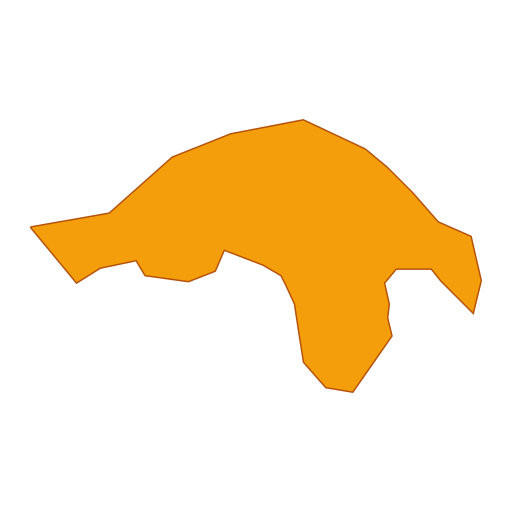 outline of Yeonje-gu, Busan, South Korea
{"feature_id": "91817680B90297389150949", "entity_name": "Yeonje-gu", "entity_type": "district", "adm_level": 2, "iso_a3": "KOR", "parent_name": "South Korea", "parent_adm1": "Busan", "projection": "albers", "projection_center": [129.072, 35.172], "detail": "fine", "context": "isolated", "style": "filled", "palette": "amber", "viewbox_px": 512, "rotation_deg": 0, "n_neighbors": 0, "source": "geoboundaries", "source_scale": "gbopen_adm2", "svg_char_len": 583}
<svg xmlns="http://www.w3.org/2000/svg" viewBox="0 0 512 512"><path d="M31.2,226.8L31.3,227.1L30.7,227.7L76.5,283.1L100.3,268.2L136.1,260.7L145.1,275.7L188.4,281.7L215.3,271.2L224.3,250.3L263.1,265.2L281.0,275.7L285.5,284.6L294.5,304.1L299.0,333.9L303.5,362.3L320.4,381.6L325.9,387.7L352.8,392.2L392.0,336.0L387.7,317.9L389.3,304.2L384.6,283.1L396.3,269.1L431.3,269.1L440.6,280.8L473.3,313.5L481.3,280.6L471.1,236.4L438.3,221.9L412.7,192.7L387.2,167.2L365.3,149.0L303.3,119.8L230.6,133.8L172.2,157.1L109.2,213.1L31.2,226.8Z" fill="#f59e0b" stroke="#b45309" stroke-width="1.5"/></svg>